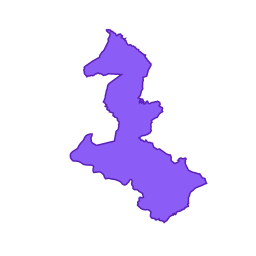 outline of Itumbiara, Goiás, Brazil, rotated 76°
{"feature_id": "56859067B10821331858288", "entity_name": "Itumbiara", "entity_type": "district", "adm_level": 2, "iso_a3": "BRA", "parent_name": "Brazil", "parent_adm1": "Goiás", "projection": "natural_earth1", "projection_center": [-49.478, -18.376], "detail": "fine", "context": "isolated", "style": "filled", "palette": "violet", "viewbox_px": 256, "rotation_deg": 76, "n_neighbors": 0, "source": "geoboundaries", "source_scale": "gbopen_adm2", "svg_char_len": 5878}
<svg xmlns="http://www.w3.org/2000/svg" viewBox="0 0 256 256"><g transform="rotate(76 128 128)"><path d="M209.1,135.0L210.7,133.1L211.6,131.0L211.7,129.7L212.2,128.1L213.3,127.1L214.6,126.3L215.7,126.1L217.0,127.0L219.2,127.6L221.2,126.8L221.7,125.7L222.3,123.9L223.3,123.8L224.1,123.1L223.8,122.6L223.9,121.0L223.6,119.9L224.8,120.1L225.5,119.4L225.8,118.8L226.1,117.4L226.6,116.8L228.4,115.8L227.8,114.7L227.3,113.0L226.8,112.1L225.4,110.7L225.0,109.9L224.3,109.5L223.7,107.8L223.3,106.5L223.5,105.0L223.0,104.6L222.1,104.9L222.1,103.7L222.8,103.7L223.4,103.0L223.0,102.2L221.5,101.5L221.1,99.7L221.3,97.9L220.9,96.8L220.9,95.8L220.2,95.2L220.4,93.5L219.8,92.4L219.0,92.0L219.2,91.3L218.7,90.2L218.6,88.5L218.0,88.2L217.0,88.7L216.1,88.4L216.0,87.5L214.0,87.2L212.5,86.8L211.8,86.5L210.1,86.2L209.0,85.1L208.0,84.5L206.7,83.9L205.3,82.7L204.1,79.8L203.3,78.6L202.4,76.7L201.5,69.6L200.8,66.9L200.9,65.9L200.7,65.1L199.6,65.5L198.4,65.4L197.1,65.8L196.3,65.4L195.5,65.7L194.4,67.9L189.8,69.5L189.7,70.8L188.6,72.0L186.6,75.9L184.7,78.2L184.2,79.1L182.5,79.9L180.2,80.2L179.1,80.7L178.1,80.7L176.9,81.0L175.9,81.0L174.7,80.4L173.8,80.6L173.1,80.3L172.6,79.4L172.0,79.1L171.2,79.4L171.0,80.5L171.2,81.2L171.1,82.1L170.8,83.0L170.0,83.6L169.9,84.5L170.2,85.9L171.3,86.4L171.4,87.3L172.2,86.6L172.8,86.9L173.2,87.6L173.4,88.7L173.4,89.6L173.8,90.3L173.6,91.8L173.0,91.8L172.5,92.1L172.1,92.6L170.2,93.9L168.9,93.9L166.8,93.1L166.2,93.3L164.4,93.4L164.0,94.5L163.9,95.2L163.2,95.8L162.6,96.9L159.0,99.9L157.1,101.7L156.0,102.3L155.8,105.3L154.9,105.6L154.3,106.3L153.8,106.7L153.1,107.6L152.4,107.6L150.8,107.9L148.7,107.9L148.4,108.5L148.2,109.3L147.5,109.7L147.1,110.6L147.1,111.5L146.4,112.5L144.1,113.6L144.7,114.1L145.2,115.2L145.0,115.9L143.5,116.7L142.9,118.5L142.3,118.2L141.7,118.5L141.1,119.3L140.2,119.8L140.0,118.8L139.3,117.5L138.9,116.2L139.3,113.2L138.9,112.1L139.0,111.0L138.6,109.5L138.0,108.7L138.1,107.9L136.5,106.3L135.7,106.0L134.3,106.1L132.3,105.3L129.6,104.9L128.2,103.3L126.8,103.7L126.0,102.5L124.8,98.9L124.8,98.0L124.7,97.1L124.2,96.5L122.6,95.1L121.8,94.0L121.0,92.5L120.8,91.1L120.3,90.4L119.7,90.6L118.5,90.6L117.3,89.7L116.4,89.9L115.9,90.7L115.1,91.3L114.6,92.2L113.8,92.5L113.3,91.9L113.0,91.2L111.4,91.0L110.8,91.2L109.2,92.8L109.4,94.0L109.1,95.0L109.3,97.3L109.0,98.5L109.6,101.3L109.1,102.2L106.9,102.5L106.5,103.0L107.6,104.6L108.5,105.1L108.6,106.2L108.3,106.9L107.5,106.9L106.6,106.0L106.3,106.8L107.1,108.7L106.5,108.9L105.7,108.1L105.1,106.6L104.3,106.6L103.6,106.9L103.2,108.0L104.0,109.0L105.7,110.0L106.2,110.7L105.4,110.7L102.7,108.7L101.4,110.9L100.4,109.8L100.1,109.0L99.4,108.1L98.5,107.8L97.7,107.2L95.6,106.2L94.9,105.7L93.6,104.2L91.6,104.0L88.4,103.0L87.1,102.8L85.9,101.8L82.5,101.2L82.4,100.5L82.3,97.8L81.7,97.0L76.9,94.4L72.8,90.6L71.7,90.3L70.9,90.3L69.8,91.4L68.8,91.5L68.3,91.8L67.8,92.3L67.1,92.4L66.6,93.0L65.1,93.1L64.6,93.7L63.8,93.8L63.2,94.2L62.4,94.3L62.0,93.6L61.3,93.4L61.0,94.8L60.2,95.0L59.6,95.9L58.2,96.8L57.8,97.3L57.2,97.4L56.3,98.7L55.5,98.9L54.6,98.7L53.5,100.4L52.8,100.9L51.2,101.5L50.8,102.3L49.9,102.7L49.5,104.4L49.0,104.7L48.1,105.0L47.6,105.9L47.9,106.9L47.6,107.7L44.8,108.9L42.7,109.0L42.3,109.7L41.5,109.7L40.6,109.0L40.7,110.7L40.1,110.9L39.5,111.4L38.9,112.3L38.2,112.5L38.0,111.6L37.3,111.1L36.1,112.2L35.2,112.4L34.8,113.1L35.1,113.9L34.8,114.8L35.5,115.5L35.8,116.4L35.2,117.0L33.3,117.3L31.9,119.1L30.8,119.4L30.3,120.2L30.3,121.4L29.3,121.1L28.7,121.4L27.7,123.5L27.9,124.6L27.6,125.1L28.5,125.2L29.1,125.0L29.8,124.4L30.4,124.2L30.9,123.8L31.4,123.1L32.0,122.7L32.7,122.6L35.3,124.2L36.6,125.6L37.3,125.9L38.2,126.0L38.8,125.8L46.3,132.1L47.7,133.7L47.9,134.5L48.2,135.1L48.8,135.7L49.4,136.2L50.0,137.1L50.8,137.7L52.5,138.6L54.4,145.6L57.7,154.5L58.5,155.8L60.3,156.0L60.7,156.7L61.3,156.9L62.6,156.8L64.4,157.1L65.2,156.9L67.5,155.7L68.3,155.6L68.2,154.6L67.9,153.8L68.3,152.3L68.0,150.6L68.7,149.8L68.8,149.1L68.6,148.4L67.8,147.0L67.7,146.0L67.8,145.2L67.2,144.5L67.4,143.7L68.3,142.7L68.7,141.1L71.1,139.0L71.0,138.2L71.2,137.2L71.0,135.2L70.6,134.4L70.7,133.5L71.8,130.3L71.9,129.4L72.9,126.7L73.2,124.7L74.1,123.5L74.6,121.5L80.3,135.6L81.4,137.0L81.9,137.4L85.3,138.9L85.7,139.4L87.1,140.2L89.4,141.2L91.2,142.2L93.5,142.9L94.1,143.6L95.5,144.4L96.7,145.6L98.4,144.3L99.1,144.0L99.9,143.9L100.5,143.2L101.3,144.0L101.4,144.8L102.1,144.2L102.6,143.2L103.1,142.8L104.2,143.8L104.9,143.9L106.0,142.9L106.1,142.0L106.8,141.9L107.7,142.2L109.9,138.8L110.9,138.8L112.0,139.6L112.8,139.3L113.3,138.4L114.2,138.3L114.8,137.0L116.0,136.0L116.7,135.9L117.4,136.4L118.1,136.3L118.9,135.7L119.5,135.6L120.0,135.2L121.1,135.3L122.4,136.3L123.8,136.4L126.5,137.6L127.2,138.1L128.2,140.1L128.7,140.5L137.4,144.3L137.3,162.3L137.0,163.1L134.1,166.0L133.4,166.5L132.3,166.8L128.3,166.3L127.1,165.1L126.2,164.6L125.1,164.3L124.7,166.5L124.8,168.8L125.5,170.9L126.7,172.3L128.2,173.4L129.4,174.7L131.7,178.1L133.3,179.9L135.3,181.6L135.9,182.6L137.5,187.4L138.4,189.0L139.1,189.8L140.0,190.4L142.1,190.9L143.3,190.8L144.8,190.4L146.7,189.2L147.6,186.1L148.5,184.0L150.0,182.2L152.2,180.3L152.8,179.6L154.1,176.3L155.0,173.0L155.5,171.8L156.6,170.8L157.4,170.7L158.8,171.5L160.7,172.2L161.8,172.3L162.9,171.9L163.5,166.8L163.9,165.8L164.8,164.7L166.7,163.4L167.7,162.9L170.2,162.7L171.8,162.1L172.2,158.6L173.4,156.6L174.7,153.4L175.4,152.1L176.7,150.4L177.1,149.6L178.9,147.9L181.0,147.0L182.0,145.9L182.5,145.0L182.5,144.0L182.2,143.1L181.4,142.0L180.5,140.3L178.7,138.7L178.6,138.0L179.0,137.1L179.9,136.8L180.6,136.9L183.0,138.0L183.7,138.0L184.5,137.9L186.0,137.2L187.9,137.8L188.6,137.4L189.4,136.5L190.0,134.2L191.2,133.1L192.2,132.6L192.8,131.9L195.3,129.5L196.1,129.8L199.0,129.8L199.2,131.0L198.1,133.1L198.5,134.0L199.7,134.5L201.1,134.4L201.7,135.0L201.6,135.8L202.7,136.7L204.4,136.6L204.7,137.3L205.4,137.4L209.1,135.0Z" fill="#8b5cf6" stroke="#5b21b6" stroke-width="1.5"/></g></svg>